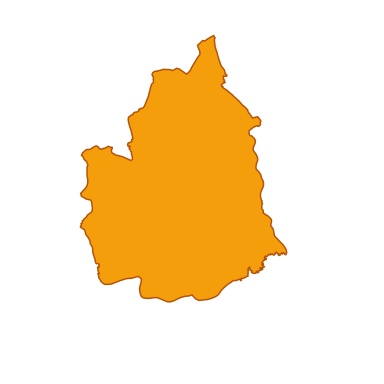 the district of Beng, Oudômxai, Laos, rotated 314°
{"feature_id": "54806243B47221121067222", "entity_name": "Beng", "entity_type": "district", "adm_level": 2, "iso_a3": "LAO", "parent_name": "Laos", "parent_adm1": "Oudômxai", "projection": "orthographic", "projection_center": [101.752, 20.343], "detail": "fine", "context": "isolated", "style": "filled", "palette": "amber", "viewbox_px": 384, "rotation_deg": 314, "n_neighbors": 0, "source": "geoboundaries", "source_scale": "gbopen_adm2", "svg_char_len": 6007}
<svg xmlns="http://www.w3.org/2000/svg" viewBox="0 0 384 384"><g transform="rotate(314 192 192)"><path d="M303.0,125.3L306.2,118.9L309.8,112.9L310.5,111.4L312.9,107.2L317.1,102.3L319.0,101.4L319.1,100.1L319.5,99.5L319.6,99.0L317.1,98.0L315.6,97.7L313.0,96.9L309.9,96.4L309.4,96.0L308.4,94.5L301.5,94.1L300.0,96.4L298.8,99.6L296.7,102.0L291.2,102.9L281.1,105.3L278.1,106.4L273.0,106.3L271.6,97.4L270.3,95.0L266.0,93.8L264.7,91.1L260.2,86.1L256.5,84.1L255.9,83.4L254.8,83.2L254.0,82.1L252.3,81.2L250.6,80.9L248.6,81.7L247.8,84.3L247.3,85.0L246.5,85.5L244.3,87.9L243.6,88.1L241.7,88.1L241.0,88.3L238.1,89.7L235.5,91.4L233.0,92.6L231.4,93.8L220.6,98.2L218.5,98.3L217.5,98.1L216.8,97.2L216.3,97.3L215.0,96.4L214.6,96.4L214.2,96.6L213.9,97.1L212.7,97.3L211.1,96.6L209.2,95.2L207.8,95.1L207.2,95.5L206.3,95.6L205.9,95.5L205.1,94.8L203.5,94.8L202.2,94.4L201.2,94.7L199.7,95.9L198.3,97.6L195.1,103.0L194.4,104.7L189.5,112.2L188.8,112.6L188.5,112.2L187.9,112.1L187.6,112.3L186.9,113.4L186.6,113.5L186.1,113.5L184.9,112.9L184.1,112.8L183.1,112.1L182.7,112.1L181.3,112.8L180.5,114.4L180.8,115.0L181.8,115.4L181.7,116.0L180.4,116.1L179.6,116.6L179.4,116.9L179.7,117.4L179.6,118.0L179.1,118.7L178.6,120.5L178.6,120.8L177.1,122.2L176.0,124.4L175.2,125.4L174.3,126.3L173.1,126.3L172.1,126.0L171.5,123.9L169.2,117.7L165.8,111.6L165.2,109.8L164.6,107.4L165.3,105.8L165.8,105.2L166.5,104.7L167.2,104.5L167.7,104.6L168.0,104.4L168.6,103.3L167.8,102.9L166.8,100.1L163.7,99.2L161.2,97.7L159.7,97.2L158.9,95.0L159.3,92.8L158.6,91.0L155.6,89.9L152.0,89.2L149.2,86.6L144.2,86.1L141.6,87.0L141.7,89.2L140.5,92.0L140.6,95.2L139.1,98.2L136.8,99.4L130.7,105.3L128.8,108.0L126.1,110.7L123.7,112.0L121.9,112.6L119.8,112.8L113.6,112.9L112.1,115.5L112.8,117.8L113.4,120.7L115.8,124.6L115.3,126.5L111.3,131.5L109.1,133.2L107.3,133.6L102.5,132.8L101.0,133.4L97.2,133.1L96.0,133.5L95.2,133.1L94.8,133.7L94.2,133.9L93.2,134.6L92.5,134.1L92.3,134.1L91.9,134.9L90.7,135.7L90.4,135.5L90.0,135.5L89.3,136.2L89.6,138.5L90.1,140.4L89.9,141.5L89.6,142.2L87.9,144.8L87.4,146.7L87.0,149.7L85.5,153.3L84.5,154.1L84.1,154.8L83.3,158.1L82.2,160.0L80.5,161.6L79.6,162.6L76.7,167.9L75.9,169.6L75.1,170.3L74.2,171.9L74.0,172.6L74.3,173.4L75.1,174.0L75.5,174.9L75.5,175.6L75.1,175.9L74.4,176.0L73.8,176.5L73.6,177.3L73.3,177.3L72.3,176.3L72.1,176.5L71.6,177.4L70.7,178.3L69.8,179.6L69.5,180.4L69.4,181.2L68.8,181.2L68.6,181.8L68.3,181.7L67.9,181.2L67.2,182.5L65.5,184.6L65.4,185.7L64.7,187.8L64.4,189.0L64.6,192.2L65.1,193.6L68.0,196.5L69.9,198.0L78.2,201.8L83.8,204.8L85.9,206.5L88.0,208.5L93.6,211.7L94.3,214.0L94.2,216.2L91.5,218.2L86.6,220.9L84.5,223.2L82.8,225.6L81.6,228.3L82.1,230.7L83.6,232.8L85.7,235.1L89.7,238.1L92.0,240.6L96.0,250.6L97.4,252.3L101.0,254.5L105.4,256.0L108.6,257.3L112.2,259.5L115.1,262.0L118.0,263.5L117.7,266.7L117.7,269.0L118.9,272.4L125.7,278.0L129.7,280.2L132.6,281.4L135.5,282.2L138.8,282.0L141.6,281.4L146.7,281.5L151.8,282.1L154.0,282.8L156.5,283.1L157.2,283.5L159.2,285.5L160.4,285.7L162.5,287.2L163.0,287.1L163.1,287.3L162.4,287.8L162.1,288.3L162.2,288.7L162.7,288.8L164.2,287.9L164.7,288.0L165.6,288.8L167.4,289.7L168.7,289.8L170.3,290.7L170.8,290.4L171.2,289.8L172.9,288.5L173.9,287.4L174.8,286.9L175.8,285.5L176.6,285.7L177.5,285.3L177.9,285.6L177.7,286.0L177.0,286.4L176.9,286.8L177.1,287.2L176.3,287.8L176.1,288.2L177.0,289.8L176.7,290.3L175.9,290.3L175.7,290.5L175.8,292.1L177.4,294.0L179.1,294.7L179.7,295.2L179.6,294.8L179.0,293.9L179.0,293.7L179.4,293.7L180.3,293.9L180.7,294.3L180.9,294.9L181.1,295.0L181.9,294.9L182.3,295.1L182.7,295.6L183.1,295.6L183.4,295.4L184.1,294.0L184.6,293.7L185.2,293.9L185.5,294.5L185.4,295.4L185.0,295.8L184.3,295.7L184.1,295.9L184.8,296.4L185.5,296.5L186.8,295.1L188.2,296.0L188.6,295.8L188.1,293.6L188.3,293.0L188.7,293.5L189.3,293.7L189.8,293.4L190.0,293.0L189.7,292.5L189.5,291.6L189.7,291.3L191.0,291.4L192.5,290.9L192.9,291.0L193.0,291.4L193.2,291.5L193.7,291.3L194.7,292.1L195.2,292.2L195.5,292.0L196.0,290.6L195.8,290.4L194.9,290.4L194.7,290.2L195.0,289.8L196.5,289.3L197.0,289.4L197.5,290.3L198.0,290.7L198.9,290.8L200.5,290.5L200.7,291.3L201.0,291.9L201.5,292.1L202.2,291.8L202.5,292.5L203.4,293.0L203.2,294.3L203.4,294.8L204.4,294.7L205.3,294.9L205.6,294.8L206.2,294.2L207.1,294.3L207.2,295.2L207.0,296.5L207.6,296.9L207.8,297.2L206.9,297.9L206.7,298.1L206.8,298.6L207.4,299.1L208.1,299.2L209.4,298.8L210.8,298.9L210.9,299.3L210.3,299.7L210.3,300.1L211.1,300.0L211.8,300.2L212.0,300.5L211.7,301.7L211.7,302.6L212.2,303.1L212.4,303.1L213.7,302.3L214.2,302.3L215.3,300.7L216.2,298.9L216.8,296.7L217.2,294.3L217.7,282.4L218.4,280.8L220.5,278.0L221.5,276.4L222.1,274.5L222.4,272.3L223.4,271.3L226.4,269.4L227.1,268.5L227.4,267.5L227.6,265.6L227.5,262.6L226.9,261.3L226.8,259.5L226.3,258.0L226.6,257.5L227.6,256.9L228.2,256.1L228.3,254.3L228.6,253.7L231.0,251.3L232.5,250.9L232.6,249.6L234.0,249.0L234.6,246.9L235.7,245.5L236.4,244.3L238.8,242.1L240.2,241.4L245.3,239.5L246.6,238.7L248.2,237.1L249.4,235.4L249.9,233.3L251.0,231.1L252.2,229.5L252.9,226.5L253.0,222.5L254.3,220.6L256.4,219.2L260.7,217.0L262.3,215.2L263.5,212.4L264.5,207.2L265.7,205.6L270.9,203.5L273.1,201.9L273.7,199.9L273.8,197.6L273.8,196.0L273.0,194.7L273.1,193.6L274.0,192.1L275.0,191.0L276.2,190.5L281.6,191.3L282.8,191.9L284.5,192.4L284.8,192.9L285.0,193.7L285.3,194.1L286.1,194.5L287.2,194.6L287.9,194.3L288.7,193.9L289.2,193.0L289.6,192.7L290.4,192.6L290.9,191.9L291.5,189.9L291.7,187.0L289.8,185.6L288.9,185.3L287.7,184.4L287.4,183.9L288.7,176.5L289.0,175.9L289.6,175.4L289.9,171.7L289.8,170.2L289.5,168.3L290.0,162.9L290.0,159.9L289.8,156.3L289.9,153.4L289.6,150.3L289.5,147.0L288.6,142.5L288.5,141.1L288.5,140.9L289.1,141.0L288.9,140.0L289.6,138.7L290.5,138.7L291.4,139.0L292.3,139.0L293.2,139.6L293.9,139.7L294.0,139.5L293.6,138.4L294.9,137.8L295.1,137.6L294.8,136.4L294.9,136.1L295.6,135.9L296.4,134.6L297.0,134.1L297.5,134.2L298.0,135.2L298.9,136.2L300.0,136.3L300.4,134.7L300.0,134.0L300.1,133.6L300.8,133.0L302.2,130.5L303.0,125.3Z" fill="#f59e0b" stroke="#b45309" stroke-width="1.5"/></g></svg>